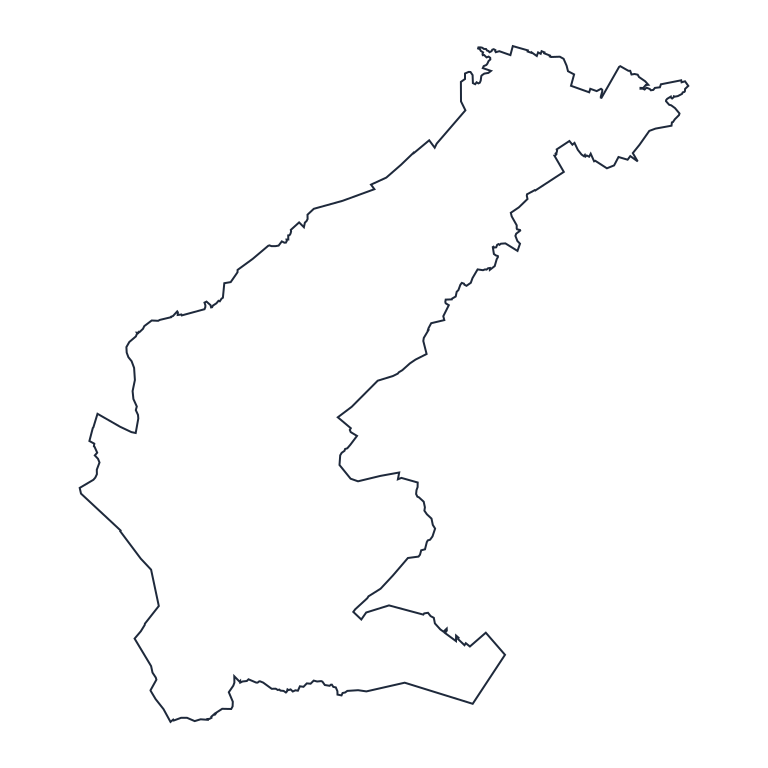 Apan, Hidalgo, Mexico
{"feature_id": "50627088B34468221751825", "entity_name": "Apan", "entity_type": "district", "adm_level": 2, "iso_a3": "MEX", "parent_name": "Mexico", "parent_adm1": "Hidalgo", "projection": "natural_earth1", "projection_center": [-98.42, 19.732], "detail": "fine", "context": "isolated", "style": "outline", "palette": "slate", "viewbox_px": 768, "rotation_deg": 0, "n_neighbors": 0, "source": "geoboundaries", "source_scale": "gbopen_adm2", "svg_char_len": 5991}
<svg xmlns="http://www.w3.org/2000/svg" viewBox="0 0 768 768"><path d="M688.3,85.9L685.0,81.3L681.6,82.3L681.2,80.3L660.9,84.3L659.9,87.3L654.9,87.9L653.3,89.9L650.9,90.3L649.8,89.0L646.5,87.7L644.6,89.5L642.6,88.6L640.5,88.7L640.5,87.9L643.2,88.0L645.8,85.0L648.3,84.8L645.2,81.3L639.0,77.0L637.7,74.7L634.6,74.0L631.5,74.5L630.2,70.8L628.4,70.8L620.3,66.2L619.1,66.9L601.5,97.8L600.8,97.6L600.8,96.6L602.3,91.3L602.2,89.7L601.0,88.8L596.7,91.1L590.3,88.8L589.2,92.3L571.0,85.8L574.1,74.4L568.0,71.2L566.6,65.7L563.6,58.8L559.8,56.7L551.0,57.0L549.8,56.5L550.1,55.6L544.2,53.3L544.5,52.4L541.6,51.2L540.7,53.8L538.1,52.4L536.8,56.0L531.5,52.3L531.3,52.8L527.6,51.5L527.9,50.4L512.8,46.1L510.4,55.1L499.3,51.2L495.8,52.2L495.2,51.1L495.4,50.1L493.7,49.2L492.3,49.7L491.5,51.2L489.5,52.2L488.5,51.0L487.1,50.6L486.0,49.0L483.8,48.9L482.4,47.8L480.8,47.4L478.4,47.4L478.1,48.5L479.8,49.1L480.8,50.9L483.1,52.4L482.5,54.1L482.8,55.2L484.1,55.0L486.6,57.4L488.6,56.6L490.2,57.8L490.3,59.5L488.6,61.0L487.3,63.8L486.3,65.0L483.7,66.1L482.8,68.1L491.0,70.9L488.4,72.9L484.3,73.6L482.1,75.1L481.3,76.0L480.7,80.6L479.8,82.7L478.4,83.4L476.6,82.3L475.2,84.2L472.9,83.1L472.6,75.1L470.5,72.0L468.7,71.9L465.0,73.5L465.0,79.0L460.9,81.9L461.0,101.4L465.4,110.3L436.7,143.6L434.7,147.7L429.2,140.3L413.8,153.1L413.6,152.7L401.0,164.8L386.3,177.6L371.0,184.6L374.4,189.2L342.6,200.8L313.8,208.8L307.5,214.7L307.6,219.0L306.5,221.1L304.9,222.6L303.9,227.2L299.1,222.4L290.8,229.9L291.1,231.4L290.5,233.7L289.5,235.2L288.2,235.4L288.3,239.5L286.5,239.5L286.8,240.9L285.9,242.6L284.4,242.7L281.8,241.4L278.6,245.6L275.7,246.1L271.4,246.1L269.5,245.4L268.2,245.8L252.8,258.8L237.6,269.9L237.5,272.3L230.7,282.1L224.3,283.2L222.9,297.7L221.5,298.7L219.8,301.3L218.5,300.8L216.4,303.3L212.9,305.6L212.1,307.2L211.1,307.4L210.5,305.1L206.5,301.6L204.5,302.6L205.4,305.3L205.3,307.2L204.5,309.2L181.8,315.4L181.4,314.5L177.7,315.0L177.9,312.4L177.2,311.4L173.0,316.0L171.1,316.7L171.1,317.2L159.8,319.9L158.2,320.8L151.7,320.5L144.3,326.1L143.0,328.8L139.5,332.1L138.9,331.8L138.3,332.7L137.0,332.7L137.7,333.5L136.8,334.1L135.9,336.4L129.3,342.0L126.4,347.1L126.7,352.6L128.4,357.2L131.6,361.2L134.1,367.9L134.9,380.0L132.6,391.1L133.4,399.0L136.8,406.5L135.8,410.1L138.0,414.9L138.3,418.5L135.7,433.0L131.4,432.1L120.0,426.7L97.5,413.8L93.4,427.3L92.8,428.0L89.4,441.0L94.3,443.7L93.9,446.3L94.6,446.9L97.2,452.7L94.8,455.4L98.0,458.8L99.5,462.5L96.8,469.7L96.9,474.2L95.3,477.6L93.4,479.8L79.7,487.9L81.0,493.6L120.6,530.5L120.2,531.2L140.8,558.7L151.1,569.7L158.8,606.0L144.9,623.7L144.7,625.0L140.8,631.3L134.6,638.6L151.1,666.1L152.5,672.6L155.8,677.6L156.4,679.7L150.5,690.3L150.7,690.9L155.6,699.1L163.5,709.1L170.5,721.9L173.2,719.6L173.8,720.5L181.1,717.8L187.0,717.8L194.7,721.1L200.6,719.3L207.7,719.8L207.5,719.0L209.4,718.9L211.5,717.8L211.3,716.7L214.4,714.0L214.9,714.6L215.8,713.6L215.4,713.2L222.2,708.8L231.2,709.0L232.6,706.4L232.8,701.7L228.8,692.2L233.3,685.7L234.4,682.6L234.3,676.3L239.5,681.6L240.2,680.9L240.3,682.6L242.5,681.5L246.8,681.0L248.5,679.3L256.2,682.6L257.6,682.6L259.3,681.3L260.0,681.3L263.2,682.6L271.7,688.8L275.7,688.7L277.8,690.0L279.4,689.6L280.4,690.6L283.6,690.9L285.9,692.5L286.9,691.5L287.5,689.4L288.6,690.1L290.6,689.4L292.8,691.5L295.4,690.3L297.9,690.7L299.9,686.3L303.5,686.8L306.8,683.4L310.6,683.7L313.7,680.6L317.1,681.5L321.1,681.1L322.4,681.6L324.8,685.0L329.6,685.8L330.9,684.7L331.9,684.7L333.3,686.9L335.8,687.4L337.4,691.2L337.5,694.6L341.5,695.4L342.6,693.0L345.1,692.5L347.3,690.9L358.1,690.2L366.4,691.4L404.7,682.7L472.7,703.8L505.0,654.8L485.8,632.7L469.9,646.5L465.8,643.2L464.5,645.2L458.0,639.0L458.6,637.8L456.1,635.6L456.0,641.1L445.0,633.0L446.8,630.6L446.7,628.6L443.5,631.7L440.3,629.4L434.9,623.4L433.8,617.8L430.6,616.1L428.0,612.8L424.2,613.4L423.3,614.6L389.0,605.4L366.2,612.5L361.3,619.5L353.3,611.9L355.2,609.3L367.3,598.2L368.5,596.3L380.6,588.7L392.8,575.6L407.9,558.0L418.5,556.6L420.0,554.7L421.2,550.3L425.0,549.3L426.8,542.1L427.8,540.4L430.1,539.7L432.5,536.4L435.1,528.6L432.8,524.9L431.5,518.6L426.9,514.3L424.4,510.7L424.9,507.3L423.7,501.7L418.9,497.3L417.4,496.7L416.1,494.0L416.5,490.1L417.6,487.1L417.7,482.5L401.4,477.9L397.9,479.3L399.2,472.5L380.4,475.9L358.0,481.3L350.6,478.7L339.5,465.0L340.2,455.3L341.7,452.8L344.5,450.8L345.1,449.0L347.3,448.3L350.3,444.8L357.0,435.9L350.7,432.1L349.8,429.9L350.8,428.2L337.8,417.3L351.7,406.8L377.7,380.7L393.0,376.0L397.8,373.6L398.8,372.3L402.3,370.2L409.9,363.4L415.5,359.6L426.6,354.0L423.3,341.0L423.8,337.9L428.4,330.2L427.9,330.1L428.6,328.0L431.2,323.2L444.3,320.1L443.3,316.2L448.8,305.2L445.7,303.3L445.3,301.9L445.7,299.6L451.8,299.4L452.1,298.6L455.7,296.5L456.7,291.8L458.4,290.1L460.4,284.7L461.8,282.9L464.0,283.7L464.4,284.7L466.5,285.8L470.8,282.8L472.5,278.1L477.6,269.4L483.0,270.2L485.0,269.4L486.6,269.6L488.0,268.3L489.9,268.0L489.9,269.8L494.7,266.1L496.7,259.2L498.0,256.9L497.8,256.0L496.0,255.5L493.9,254.0L492.8,247.1L493.5,246.7L494.2,247.6L496.2,247.3L497.2,244.8L498.5,244.1L499.5,244.8L500.9,243.7L505.4,243.4L517.5,250.9L520.0,243.7L517.4,241.0L515.4,235.9L516.2,233.7L520.2,230.6L520.0,230.0L517.1,229.3L516.7,228.5L516.7,225.3L511.7,216.4L510.8,212.8L518.8,207.4L527.5,199.0L526.8,195.8L527.0,194.3L534.8,190.1L535.3,190.5L563.8,171.9L554.4,155.6L555.4,155.4L556.4,154.1L555.7,153.4L556.6,152.6L557.1,150.6L556.7,149.4L569.4,141.0L572.4,144.7L574.5,142.9L577.8,149.8L581.5,154.5L583.9,156.2L584.9,154.9L585.5,156.5L586.8,155.5L589.1,156.7L590.7,153.7L594.1,161.3L595.3,160.8L606.9,168.3L614.1,165.4L618.5,157.0L627.6,159.7L630.3,156.1L637.7,161.4L632.8,153.1L639.5,144.8L649.3,130.9L655.5,128.6L671.5,125.7L671.9,122.4L673.0,122.0L674.8,119.3L679.0,115.1L679.5,113.5L675.0,108.1L671.2,105.3L669.2,104.8L666.0,101.2L666.1,100.2L667.2,98.8L670.8,96.6L671.0,97.6L672.1,98.5L673.8,97.1L673.9,96.3L675.2,96.6L677.8,96.1L682.0,93.9L682.7,92.4L684.4,91.9L684.9,91.2L685.1,88.9L688.3,85.9Z" fill="none" stroke="#1e293b" stroke-width="2"/></svg>